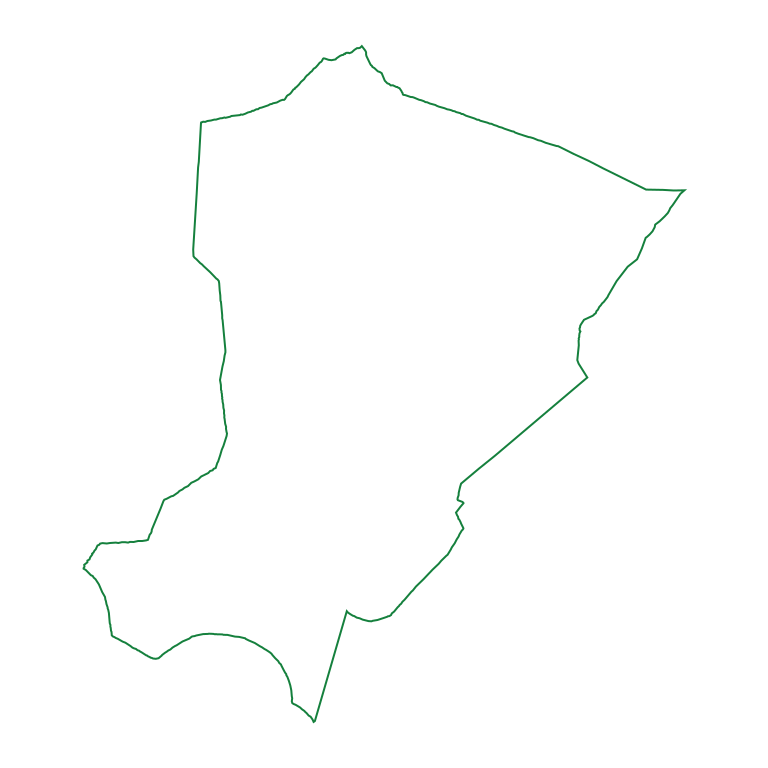 Koumpentoum, Tambacounda, Senegal
{"feature_id": "50182788B60464160168835", "entity_name": "Koumpentoum", "entity_type": "district", "adm_level": 2, "iso_a3": "SEN", "parent_name": "Senegal", "parent_adm1": "Tambacounda", "projection": "orthographic", "projection_center": [-14.431, 14.084], "detail": "fine", "context": "isolated", "style": "outline", "palette": "green", "viewbox_px": 768, "rotation_deg": 0, "n_neighbors": 0, "source": "geoboundaries", "source_scale": "gbopen_adm2", "svg_char_len": 6024}
<svg xmlns="http://www.w3.org/2000/svg" viewBox="0 0 768 768"><path d="M684.4,190.3L673.9,190.5L663.2,189.9L646.1,189.6L603.0,168.3L588.7,160.9L573.6,153.9L558.2,146.2L556.5,146.0L545.7,142.8L540.9,140.8L538.1,140.2L533.4,138.2L529.9,137.2L528.7,137.1L518.5,133.8L515.0,132.5L513.8,131.6L512.1,131.3L504.4,128.7L501.9,127.6L499.1,126.9L496.7,125.8L494.0,125.0L491.5,123.8L489.6,123.6L487.5,122.7L480.2,120.7L478.8,119.8L477.1,119.7L474.6,118.5L466.0,115.7L462.8,114.0L461.6,114.0L460.2,113.1L456.2,112.1L454.8,111.3L452.6,110.9L451.8,110.4L449.4,109.7L447.2,109.3L444.5,108.2L439.0,106.7L436.7,105.8L435.4,105.0L429.8,103.5L427.2,102.3L425.4,102.1L423.9,101.2L421.1,100.2L419.2,99.8L414.0,97.6L412.5,97.1L410.7,97.0L405.2,95.1L403.6,94.9L402.9,94.5L402.5,92.9L402.1,92.5L401.3,90.8L399.5,88.2L398.2,87.7L397.3,87.0L396.4,87.0L392.9,85.3L390.7,85.4L389.2,84.0L387.3,83.3L384.8,80.7L381.7,73.2L380.0,72.1L377.8,71.3L374.4,68.1L372.4,66.9L371.8,65.7L370.9,65.1L370.2,63.9L366.5,56.2L366.1,54.6L366.1,52.5L365.9,51.8L365.2,50.5L361.8,46.1L360.2,47.7L359.0,48.1L357.1,48.1L354.5,49.8L351.7,52.3L349.3,53.2L348.0,52.7L347.3,52.9L346.4,52.8L345.4,53.3L345.2,53.9L344.2,53.9L343.4,54.8L341.8,55.1L340.0,55.9L336.4,58.4L335.6,59.4L331.5,60.2L328.5,59.8L324.7,58.5L323.5,58.4L323.0,58.8L321.9,60.9L321.2,61.8L319.7,62.7L317.7,65.2L316.0,67.1L315.1,67.9L313.7,68.7L311.8,71.3L310.6,72.1L308.3,74.5L307.0,75.4L305.4,77.2L304.1,79.2L301.0,81.9L299.0,84.5L296.1,87.4L295.3,87.7L294.8,88.8L293.4,89.5L291.4,92.3L290.2,93.7L288.8,94.7L287.8,95.2L286.8,96.1L285.0,99.1L284.0,99.9L282.7,99.8L280.3,100.6L276.8,102.5L273.0,103.3L271.7,104.0L270.2,104.2L268.3,105.3L261.6,107.6L259.6,108.0L258.0,109.2L256.3,109.3L253.5,110.8L252.3,110.8L251.0,111.7L247.8,112.5L245.4,113.7L242.6,114.7L240.8,114.5L239.9,115.1L231.4,116.0L230.2,116.7L225.5,117.8L224.4,117.5L222.1,118.2L220.3,118.3L216.0,119.6L214.3,119.6L211.0,120.5L207.4,121.0L205.2,121.9L203.1,121.7L202.5,122.1L201.3,122.3L201.0,122.8L198.8,161.9L198.1,167.4L196.7,193.5L193.2,249.6L193.5,256.2L194.5,257.6L196.5,259.3L200.2,263.1L202.0,264.4L203.6,266.1L210.3,272.3L216.4,278.7L217.4,279.3L218.8,281.0L219.2,283.4L219.7,290.5L220.3,295.4L220.5,300.9L220.9,301.5L221.1,303.3L222.2,315.2L222.2,318.3L222.6,320.1L225.4,350.2L225.4,352.4L224.6,355.5L223.8,361.1L222.5,366.4L220.0,380.0L220.9,385.0L221.0,389.8L221.5,391.0L221.5,392.6L221.9,393.7L222.0,396.5L222.3,397.2L222.1,398.7L222.5,399.8L222.6,401.9L223.2,404.4L223.4,407.8L224.1,410.5L224.0,413.3L224.4,415.4L224.3,417.7L224.6,418.8L225.2,423.8L226.1,426.8L226.0,428.8L226.6,432.2L227.0,433.4L226.6,436.0L223.4,446.0L221.8,449.7L220.2,455.2L218.1,461.6L217.3,462.9L215.7,468.0L213.6,468.9L212.6,470.3L210.1,471.0L208.3,473.0L201.2,476.5L198.3,479.3L194.4,481.4L191.3,482.8L188.0,486.1L184.4,487.8L182.5,489.4L179.4,491.0L178.0,492.5L173.1,495.9L171.3,496.3L166.6,498.8L164.3,499.7L163.4,501.2L160.6,508.5L151.8,529.7L151.6,531.6L151.0,533.1L149.7,534.7L148.0,539.8L146.2,540.4L142.2,541.0L138.1,541.0L133.7,542.0L130.0,541.9L128.1,542.6L125.2,542.2L121.9,542.2L118.3,543.0L115.8,542.6L110.0,543.0L106.8,543.5L102.5,543.1L100.1,543.6L99.2,544.8L97.5,545.5L95.7,549.4L94.5,550.6L93.5,552.5L92.1,553.7L92.3,554.5L90.2,557.3L89.5,559.4L87.4,560.6L87.4,562.3L84.2,564.8L84.5,566.7L83.6,568.1L83.6,568.7L85.8,570.0L90.9,575.2L92.7,576.0L93.7,577.6L95.5,579.2L98.9,584.4L102.2,592.1L105.0,597.0L105.4,599.7L105.9,601.0L106.5,604.2L107.6,607.3L107.7,608.6L108.2,609.7L108.9,613.0L109.7,622.6L109.9,623.8L110.4,624.8L110.4,626.8L110.7,627.7L111.0,630.7L111.5,631.9L111.8,635.4L113.1,636.6L114.5,637.1L115.6,637.9L117.8,638.8L122.6,641.6L125.4,642.7L130.6,646.1L132.4,647.6L134.1,648.4L135.9,648.9L137.5,650.2L139.3,650.8L140.0,651.5L141.4,652.2L146.3,655.4L146.8,655.4L148.3,656.5L149.7,657.0L150.4,657.6L152.0,658.0L153.0,658.5L155.8,658.8L158.6,658.2L161.7,655.6L162.1,655.0L165.1,652.7L166.6,651.8L168.3,650.5L170.4,649.5L172.5,647.6L175.1,646.0L176.6,645.3L182.5,641.5L189.3,638.6L191.8,636.6L193.0,636.3L194.6,636.1L196.2,635.5L203.1,634.1L208.1,633.9L208.9,633.7L213.3,633.9L215.1,634.3L215.9,634.1L217.0,634.3L222.2,634.4L223.5,634.8L227.5,634.9L235.0,636.6L239.1,636.9L245.2,638.3L245.7,638.9L248.7,640.4L254.8,643.0L259.9,646.2L262.0,647.3L264.6,649.1L266.0,649.8L269.8,652.3L271.5,653.7L272.4,655.0L275.2,658.2L278.3,661.2L279.2,662.9L281.0,664.5L281.3,665.4L283.6,669.9L285.1,672.7L286.2,674.1L286.4,675.4L287.3,676.7L288.9,680.9L290.3,685.5L291.3,690.4L291.8,696.3L292.2,698.3L291.8,701.3L292.3,703.1L293.6,704.0L295.6,704.8L300.1,707.5L302.0,709.3L304.2,710.8L305.6,712.3L306.4,712.9L308.7,715.6L310.6,716.7L312.6,719.6L313.6,721.9L314.9,721.0L346.8,611.2L347.9,612.5L349.9,613.9L352.8,615.7L354.3,616.1L356.7,617.6L359.7,618.3L362.6,619.6L368.5,621.1L371.5,621.3L372.7,620.8L377.5,620.0L383.3,618.1L387.1,616.8L387.9,616.3L389.4,616.1L391.1,615.0L391.8,613.4L394.1,611.6L397.7,607.2L399.0,606.0L399.7,604.9L401.2,603.7L402.4,601.8L404.5,599.8L411.4,591.7L412.8,590.5L415.9,586.6L423.7,579.0L432.5,569.7L438.7,563.8L441.3,560.7L446.5,555.6L447.5,554.9L450.8,549.5L451.8,547.4L454.7,543.3L456.7,539.4L458.6,536.5L459.4,534.5L461.8,530.5L462.6,529.8L463.4,528.6L463.3,528.0L461.2,523.8L460.5,522.0L459.2,519.5L458.4,518.8L458.0,516.7L457.0,515.1L456.0,512.6L460.5,506.7L463.5,503.2L463.4,502.8L462.4,501.9L457.9,500.2L457.5,499.4L457.7,497.8L458.6,495.3L458.7,492.9L460.1,486.9L461.1,483.6L479.2,468.4L495.1,455.6L587.3,377.5L578.6,363.6L577.3,360.1L578.8,345.3L578.6,340.6L578.9,339.5L578.7,338.4L579.3,336.9L579.2,335.9L579.5,333.3L580.4,331.4L579.7,330.6L579.5,328.4L580.0,327.5L580.2,325.8L581.0,324.3L584.0,319.8L592.2,316.0L593.5,315.2L594.3,314.2L595.7,313.3L596.5,311.1L597.9,309.7L599.3,306.9L600.8,305.3L602.1,303.4L603.8,301.9L607.5,297.1L608.5,295.0L616.6,281.1L627.7,266.7L637.1,259.3L641.9,248.4L645.7,237.8L647.1,236.8L649.8,234.3L652.5,231.3L654.7,227.2L655.2,224.6L659.7,221.2L664.7,216.4L667.9,212.9L669.4,210.2L670.2,208.2L672.7,205.1L680.4,193.8L684.4,190.3Z" fill="none" stroke="#15803d" stroke-width="2"/></svg>